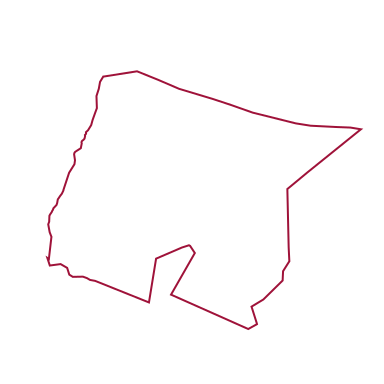 outline of Koubenni, Hodh el Gharbi, Mauritania, rotated 24°
{"feature_id": "47542326B43555481021158", "entity_name": "Koubenni", "entity_type": "district", "adm_level": 2, "iso_a3": "MRT", "parent_name": "Mauritania", "parent_adm1": "Hodh el Gharbi", "projection": "albers", "projection_center": [-9.623, 15.9], "detail": "fine", "context": "isolated", "style": "outline", "palette": "rose", "viewbox_px": 384, "rotation_deg": 24, "n_neighbors": 0, "source": "geoboundaries", "source_scale": "gbopen_adm2", "svg_char_len": 1231}
<svg xmlns="http://www.w3.org/2000/svg" viewBox="0 0 384 384"><g transform="rotate(24 192 192)"><path d="M320.8,66.0L310.5,68.7L297.5,73.9L273.4,83.2L258.9,87.1L215.2,94.8L192.6,96.6L172.7,98.6L138.3,103.0L115.3,103.3L92.7,104.1L64.3,122.5L64.0,122.6L63.2,128.8L64.9,135.7L64.9,135.8L65.7,143.2L71.0,154.1L71.3,158.7L71.9,166.6L72.7,171.9L71.9,177.9L70.8,180.5L71.5,181.8L71.3,182.7L71.0,183.5L71.6,184.4L72.1,187.0L71.6,188.6L70.9,189.8L70.7,190.7L70.9,191.7L71.5,192.4L72.6,197.2L69.0,202.7L68.7,203.9L68.9,205.4L72.2,210.6L73.3,214.4L71.9,224.4L73.7,242.3L73.9,242.9L73.8,246.5L73.1,249.4L72.7,251.9L72.4,253.3L73.3,256.9L73.5,259.0L73.0,260.4L72.0,263.3L72.2,264.8L72.0,265.8L72.0,267.5L71.5,270.2L71.4,271.7L73.6,277.2L73.8,280.0L78.3,286.6L81.9,290.2L82.0,290.7L88.5,311.4L86.7,311.1L92.0,317.0L101.3,311.3L108.8,312.1L113.5,317.4L117.6,318.0L126.8,313.7L131.1,313.4L134.6,313.8L139.6,312.6L197.6,310.4L186.3,267.5L205.3,246.9L210.9,241.9L212.2,242.0L219.4,246.6L214.6,294.3L299.1,294.3L305.1,286.3L304.7,285.8L304.7,285.7L293.0,272.5L300.9,261.2L306.4,247.2L310.8,236.0L307.4,227.3L309.1,215.6L308.7,214.9L302.8,203.2L286.5,168.7L277.9,150.5L289.5,127.1L320.8,66.0Z" fill="none" stroke="#9f1239" stroke-width="2"/></g></svg>